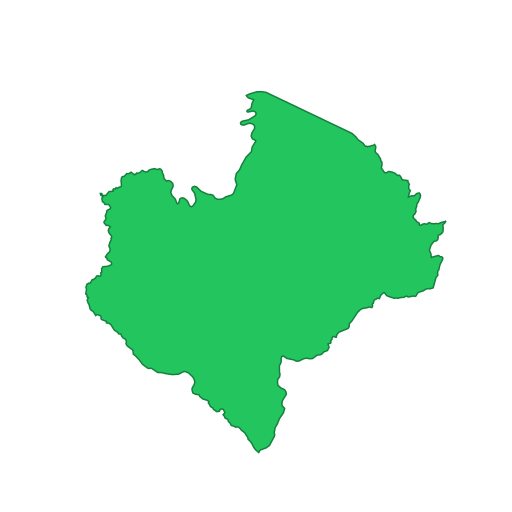 Murindó, Antioquia, Colombia (orthographic projection), rotated 35°
{"feature_id": "7082276B39517489210154", "entity_name": "Murindó", "entity_type": "district", "adm_level": 2, "iso_a3": "COL", "parent_name": "Colombia", "parent_adm1": "Antioquia", "projection": "orthographic", "projection_center": [-76.718, 6.832], "detail": "fine", "context": "isolated", "style": "filled", "palette": "green", "viewbox_px": 512, "rotation_deg": 35, "n_neighbors": 0, "source": "geoboundaries", "source_scale": "gbopen_adm2", "svg_char_len": 6153}
<svg xmlns="http://www.w3.org/2000/svg" viewBox="0 0 512 512"><g transform="rotate(35 256 256)"><path d="M368.4,368.6L366.9,364.4L363.7,363.7L362.2,362.7L360.6,359.2L360.2,351.9L358.6,350.2L357.0,349.4L355.4,349.1L352.6,349.8L348.2,349.4L345.5,346.5L344.5,343.9L344.7,341.7L343.6,339.2L341.8,337.6L338.2,332.6L337.5,328.6L335.4,325.5L334.7,323.4L336.0,322.2L340.1,322.2L346.8,319.3L349.1,319.1L351.3,317.6L353.7,313.3L355.5,311.0L359.2,309.2L361.1,307.6L363.0,302.0L365.3,300.1L366.3,298.1L366.5,295.8L368.8,292.4L368.2,288.8L365.4,286.8L367.1,284.6L367.0,283.8L365.7,282.5L366.1,280.8L365.4,279.9L365.3,278.0L365.8,277.3L367.5,277.0L368.3,276.5L367.3,273.8L367.7,270.7L373.0,262.5L372.9,260.5L371.3,258.1L371.8,254.1L371.5,244.1L372.4,239.6L373.5,237.8L377.0,234.3L377.9,232.7L379.9,232.2L380.5,231.7L380.3,230.1L378.8,228.9L379.2,227.4L378.1,224.5L378.3,223.6L379.1,222.8L379.5,221.0L381.5,220.2L380.7,216.5L381.4,213.2L382.4,212.4L385.8,213.5L388.8,212.8L393.6,211.3L394.6,210.2L396.5,209.2L398.2,207.2L400.9,205.0L401.8,203.0L402.7,202.4L404.2,202.3L407.8,198.6L409.5,197.8L410.0,196.9L409.6,193.8L410.3,192.1L413.0,188.6L414.2,185.6L416.0,183.7L417.3,183.2L419.4,180.5L415.8,170.4L416.0,167.5L414.3,165.5L413.5,163.6L413.7,162.5L411.7,157.7L410.8,151.5L409.8,150.2L408.5,150.2L407.1,151.0L405.6,150.8L404.9,151.1L400.4,156.6L397.7,153.6L395.2,152.2L394.3,150.7L393.1,146.4L393.4,142.0L395.2,139.9L395.5,138.4L394.6,136.2L393.6,135.3L393.5,134.4L394.7,132.7L395.3,129.9L395.1,128.7L393.4,125.9L391.1,123.2L391.7,121.1L391.5,118.2L391.1,119.3L388.4,122.4L386.8,125.1L384.9,126.0L383.8,127.2L381.2,128.8L378.6,129.3L377.8,131.9L375.4,133.0L373.9,134.8L373.4,136.4L371.9,136.9L370.9,135.5L367.8,135.7L365.9,134.8L364.7,134.9L362.3,134.1L361.6,132.3L362.0,130.6L361.6,127.8L359.9,126.0L359.0,122.8L358.0,121.4L358.0,118.8L357.0,114.1L356.3,112.4L355.2,111.2L353.6,110.7L352.4,111.8L351.7,113.0L351.2,115.8L348.9,117.6L347.0,120.2L345.6,117.0L344.9,113.9L342.6,113.3L340.7,110.6L340.6,109.4L338.0,108.1L337.1,107.1L332.2,109.7L328.7,107.9L327.1,107.6L325.7,108.8L322.3,108.5L319.4,109.2L316.4,110.5L314.7,113.4L313.3,113.9L308.2,112.0L306.8,108.8L305.2,106.8L303.4,106.3L302.3,105.0L297.4,102.9L295.2,102.7L293.6,102.0L291.5,97.8L289.2,96.6L288.6,98.2L287.3,99.3L286.4,100.8L285.0,101.9L284.8,102.5L283.8,102.6L282.5,103.4L278.7,102.2L272.7,102.2L269.9,101.2L264.4,100.5L170.2,116.2L165.8,118.5L162.3,121.2L157.8,126.9L156.0,130.0L157.6,130.7L159.4,130.8L164.5,129.3L165.2,133.3L167.0,137.2L166.8,139.0L165.4,141.4L165.4,142.4L165.8,142.8L166.4,142.9L167.2,142.4L169.7,139.6L170.9,138.7L172.2,138.3L174.0,138.9L174.7,139.9L174.9,141.6L171.8,148.7L167.5,153.4L166.9,154.8L167.0,156.0L168.1,156.8L169.6,156.6L171.2,155.5L173.3,152.3L174.9,150.8L177.1,149.8L179.3,149.9L180.4,150.5L181.7,152.4L182.1,157.9L183.3,160.6L185.8,162.1L189.2,161.6L189.9,161.9L190.4,168.9L192.4,173.3L191.2,180.4L192.0,189.4L193.1,194.9L192.6,199.7L194.7,204.7L196.2,206.3L199.4,208.5L201.5,217.0L201.5,219.1L200.5,220.8L197.4,224.7L196.0,228.1L194.4,229.9L191.5,231.8L189.2,232.0L185.9,230.9L183.8,231.5L181.3,233.1L173.9,234.5L167.8,233.5L165.5,234.3L164.4,236.2L164.8,237.7L165.5,238.3L169.7,239.8L174.7,244.3L175.6,246.7L175.6,251.1L175.0,252.6L173.6,253.0L172.4,252.7L168.9,250.6L167.1,250.1L164.2,249.9L162.5,250.5L161.4,251.5L160.9,252.8L162.3,257.1L161.7,258.3L160.8,258.1L157.3,255.7L152.5,254.6L149.8,252.9L148.8,250.6L148.3,246.8L147.3,245.3L146.0,244.3L143.6,243.8L142.4,243.9L140.7,244.6L139.7,246.0L136.8,245.4L135.8,244.9L133.9,242.8L131.6,241.6L130.2,240.1L128.3,239.5L127.0,239.8L125.6,241.8L122.8,242.6L120.3,245.2L118.8,247.6L119.2,248.6L118.9,249.2L117.2,250.6L115.8,251.0L114.2,250.9L113.6,251.3L113.2,254.0L112.0,255.7L110.6,256.6L110.8,257.4L110.2,258.0L110.0,259.2L105.6,259.0L104.5,261.6L102.8,262.7L102.5,266.0L101.1,267.6L100.9,268.8L102.1,271.5L105.2,275.2L105.8,276.7L104.4,278.0L103.7,280.0L102.2,280.2L102.2,282.0L100.8,282.7L100.9,284.0L101.7,284.5L101.8,284.9L98.7,287.5L98.3,292.5L95.9,294.2L95.1,294.2L93.8,293.3L92.6,294.1L94.0,295.2L94.7,295.3L95.3,294.8L96.7,295.2L96.5,296.5L96.9,297.5L99.1,299.6L100.7,299.5L102.8,300.4L105.3,298.6L106.1,298.4L109.2,299.6L109.5,301.0L108.2,303.2L107.9,304.5L108.9,306.7L109.4,309.3L110.2,310.3L111.1,310.5L111.5,311.1L112.0,312.7L111.8,314.6L112.2,315.8L115.8,316.9L117.5,315.6L120.0,315.6L119.7,318.0L120.5,320.0L122.6,321.5L126.4,322.6L127.0,323.5L127.0,324.7L128.1,325.5L128.4,328.3L129.7,332.2L132.1,333.6L133.4,335.4L133.6,337.1L133.1,338.6L133.1,343.0L133.7,343.4L135.2,343.2L136.3,344.4L140.9,344.0L142.3,345.2L142.5,346.1L140.5,349.4L136.7,352.6L136.8,355.0L138.9,357.7L138.5,359.0L139.8,360.2L140.1,361.5L139.5,362.3L137.8,362.9L136.9,363.9L137.2,366.1L136.6,367.3L136.5,368.6L135.4,369.2L135.7,373.6L134.6,374.1L133.7,376.1L134.7,379.3L136.2,380.3L138.3,384.8L140.0,384.9L141.3,386.5L142.5,386.1L143.0,389.0L145.7,391.0L146.9,391.4L150.6,394.6L152.3,395.0L154.4,394.8L158.9,396.7L159.1,395.7L159.7,395.0L162.7,394.2L163.8,394.5L165.2,396.4L166.4,396.5L171.1,395.3L171.8,396.6L174.2,395.5L176.3,395.4L182.5,398.0L186.4,397.8L188.0,398.6L190.2,397.5L191.9,398.7L194.5,399.4L196.2,399.0L197.8,399.4L199.1,400.8L199.8,402.4L201.2,403.2L203.2,403.6L209.1,403.7L211.9,406.8L214.5,406.9L219.8,408.0L225.2,409.8L231.5,410.0L232.5,409.7L234.8,407.9L242.3,407.8L246.2,405.3L248.9,404.4L255.4,401.2L260.4,397.2L263.1,392.0L265.2,390.9L268.1,390.5L273.3,391.3L275.6,392.2L277.9,394.0L279.0,396.2L279.5,401.0L280.6,402.6L282.9,404.4L285.7,404.0L288.8,402.4L290.9,403.4L294.7,403.6L298.4,402.3L300.7,402.2L301.1,402.5L301.3,403.8L302.8,404.2L304.9,405.4L307.8,405.3L309.2,406.0L313.0,406.1L315.1,404.2L314.7,402.0L315.9,400.9L317.3,400.4L320.4,402.2L320.1,404.9L322.0,405.4L323.7,406.5L326.5,406.0L328.4,407.4L330.5,407.7L333.0,409.0L335.7,408.0L337.7,407.9L338.4,406.8L339.7,406.3L341.4,406.3L344.2,407.1L348.0,407.2L353.4,409.4L354.7,410.7L357.5,411.1L360.0,411.9L364.1,414.1L366.8,415.0L371.0,415.4L370.7,413.2L371.0,412.2L374.4,407.3L375.7,403.4L374.4,392.8L373.9,391.8L371.8,389.8L371.6,388.5L370.2,386.0L369.8,381.3L368.5,375.7L368.4,368.6Z" fill="#22c55e" stroke="#15803d" stroke-width="1.5"/></g></svg>